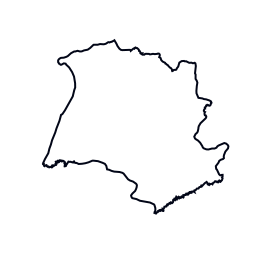 Hoon, Oudômxai, Laos, rotated 164°
{"feature_id": "54806243B15680017307326", "entity_name": "Hoon", "entity_type": "district", "adm_level": 2, "iso_a3": "LAO", "parent_name": "Laos", "parent_adm1": "Oudômxai", "projection": "albers", "projection_center": [101.419, 20.096], "detail": "fine", "context": "isolated", "style": "outline", "palette": "ink", "viewbox_px": 256, "rotation_deg": 164, "n_neighbors": 0, "source": "geoboundaries", "source_scale": "gbopen_adm2", "svg_char_len": 5639}
<svg xmlns="http://www.w3.org/2000/svg" viewBox="0 0 256 256"><g transform="rotate(164 128 128)"><path d="M126.0,39.1L125.5,38.7L125.4,39.6L124.9,39.4L124.5,39.8L124.0,38.6L123.7,38.9L122.6,38.9L122.1,39.4L121.9,40.0L121.7,40.0L121.6,39.5L121.3,39.5L120.9,40.1L120.4,39.9L120.1,40.3L119.9,40.2L120.0,39.6L119.7,39.4L119.0,40.3L118.3,40.3L118.2,40.1L118.5,39.8L118.5,39.5L117.6,39.4L117.4,38.7L116.9,38.5L116.6,39.0L116.9,39.9L116.4,40.4L116.5,40.8L116.0,40.6L115.2,41.3L114.7,42.3L113.4,42.1L112.9,42.5L112.6,42.2L111.7,43.4L111.5,43.2L111.2,43.5L111.1,43.3L111.5,43.0L111.1,42.8L110.8,43.1L110.7,43.7L110.1,43.6L109.4,43.9L108.7,43.7L108.6,44.5L107.9,44.3L107.4,44.8L107.0,44.6L107.3,44.1L107.2,43.8L106.3,43.6L105.3,44.2L104.5,45.3L104.3,45.6L104.6,45.9L104.5,46.2L103.8,46.1L103.7,46.7L103.1,46.8L102.8,47.3L102.2,47.1L102.2,46.8L102.7,46.1L102.4,45.7L101.8,46.3L101.2,46.0L101.2,46.7L100.6,46.5L100.7,47.0L99.9,46.7L99.7,46.9L99.8,47.2L101.0,48.1L100.5,48.7L100.0,47.9L99.2,47.5L99.4,47.0L98.7,47.0L98.3,46.5L98.0,47.0L98.3,47.8L98.2,47.9L97.5,47.2L97.5,46.7L97.2,46.4L96.8,46.3L96.7,46.6L96.2,46.6L95.9,47.2L95.5,47.4L95.0,46.6L94.1,46.7L94.2,46.3L93.9,46.0L93.6,46.3L93.9,47.0L93.7,47.2L93.5,48.2L93.0,48.2L93.1,47.8L92.9,47.6L92.4,48.0L91.0,47.7L90.6,48.0L90.6,48.5L90.2,48.8L89.6,47.7L89.1,47.5L88.9,48.2L88.6,48.2L88.7,47.8L88.5,47.6L87.9,48.1L87.8,48.7L87.2,48.4L86.8,49.2L86.5,49.2L86.3,48.6L85.8,48.4L85.8,49.2L84.6,48.7L84.6,49.3L84.3,49.3L82.7,49.0L81.9,48.2L82.0,49.0L81.3,49.8L80.4,49.5L78.4,50.8L76.9,50.4L75.7,51.5L73.5,51.3L72.9,52.0L73.4,52.2L73.4,52.5L73.0,52.5L72.4,52.0L69.4,53.8L67.3,54.5L67.0,53.6L66.9,51.8L66.6,51.6L66.1,51.8L66.2,51.3L65.7,50.8L65.4,51.0L65.6,51.3L65.2,51.9L64.7,51.2L64.0,51.4L62.8,51.3L62.3,50.6L61.1,51.9L59.8,52.0L59.0,52.8L58.1,52.5L57.4,51.5L56.3,51.8L56.5,51.0L56.3,50.9L55.4,51.6L54.4,51.0L54.2,52.0L53.3,51.2L52.0,52.0L50.9,53.7L51.3,54.5L50.4,55.4L50.0,56.9L51.0,57.1L51.8,56.9L52.5,57.2L53.2,58.4L54.0,63.5L54.5,64.4L54.1,67.1L50.6,69.7L49.3,71.3L47.4,71.9L45.2,72.0L44.1,72.6L43.9,74.0L43.2,75.5L40.9,78.5L37.5,80.8L36.5,82.8L36.8,84.2L38.0,86.0L39.6,87.0L45.8,86.2L47.2,85.7L48.4,84.7L50.4,84.4L52.8,85.1L56.7,85.2L58.6,85.9L60.7,87.5L61.4,88.6L61.6,90.2L62.7,94.0L64.2,96.7L65.7,98.3L66.5,99.5L66.7,101.4L64.8,103.5L62.8,104.5L62.0,105.3L60.6,107.8L60.3,108.7L59.5,110.2L57.0,112.6L50.9,115.8L50.1,116.4L49.6,117.3L49.6,117.8L49.9,118.2L49.8,118.6L50.6,119.1L50.6,120.3L50.2,121.6L49.6,122.1L50.0,122.4L50.4,123.6L49.9,124.5L48.8,125.5L48.5,125.5L48.5,126.6L46.9,127.2L46.7,128.1L45.5,128.5L45.2,128.2L44.7,128.0L44.7,127.6L43.3,126.9L42.1,127.6L41.8,128.4L41.2,128.9L41.2,129.5L40.8,129.5L40.9,130.7L42.1,132.0L45.0,134.0L47.1,134.9L48.3,135.9L52.0,137.6L52.6,142.4L52.0,144.9L50.2,149.6L48.8,152.5L48.9,154.5L49.5,156.6L48.3,160.7L48.5,162.1L45.7,168.9L45.4,171.5L45.9,172.3L47.7,172.3L49.0,173.3L51.2,173.8L53.7,176.1L55.0,176.4L55.6,177.0L58.0,177.5L60.6,176.7L62.8,173.2L64.6,171.9L65.4,170.9L66.0,170.7L67.9,171.2L69.0,170.6L69.8,170.5L69.9,170.8L69.6,172.0L70.1,173.6L70.8,174.2L71.9,176.1L72.5,177.6L73.3,178.3L73.7,179.2L74.3,179.6L74.4,180.5L76.3,182.2L77.3,184.0L77.4,186.3L78.5,187.5L77.6,188.7L77.3,189.4L77.3,190.1L77.7,190.9L78.6,191.3L79.4,191.2L81.8,191.6L83.6,192.4L86.1,192.6L86.8,192.8L87.3,193.4L90.4,194.4L91.5,194.4L92.0,194.0L93.9,194.5L94.1,195.5L93.6,195.9L94.1,196.1L94.9,195.7L95.5,196.4L95.5,196.7L95.3,197.1L95.4,198.5L96.2,199.1L96.0,200.0L96.2,200.7L97.2,202.3L98.0,202.5L98.5,203.3L99.3,203.2L100.0,202.5L100.4,202.9L101.2,202.7L104.1,201.4L104.1,202.3L104.6,202.6L111.9,204.4L113.3,205.1L114.4,206.6L115.5,209.7L115.9,212.3L116.9,216.1L118.1,215.7L119.3,215.6L119.8,215.3L121.0,215.5L122.1,215.3L122.8,215.8L123.5,215.9L126.1,215.1L127.4,215.1L128.4,215.2L131.7,216.4L134.1,216.4L138.2,217.5L142.2,215.4L145.1,214.4L148.9,214.7L151.3,214.4L153.1,214.8L155.2,216.1L157.7,216.1L158.6,216.4L162.2,215.6L166.1,213.7L167.7,213.4L170.3,213.3L173.1,213.9L174.5,213.6L175.6,213.1L176.5,212.3L177.0,210.6L176.7,210.1L176.7,209.1L176.4,209.0L175.4,207.4L175.1,207.3L174.5,207.2L172.0,207.8L171.1,207.5L170.2,207.0L170.0,206.0L167.9,202.5L166.3,197.1L165.7,192.3L166.5,185.6L167.6,181.5L169.3,179.1L172.4,173.6L183.8,162.3L187.3,159.4L188.7,159.1L191.9,153.8L196.8,147.4L199.2,143.7L204.4,137.1L206.7,133.3L209.2,129.9L211.6,125.7L216.4,121.0L219.3,117.6L218.8,117.1L219.5,116.4L219.0,115.9L219.1,114.7L218.7,114.3L218.1,114.8L216.6,114.8L216.4,114.5L216.6,113.6L216.0,113.2L215.8,112.8L215.0,112.9L214.6,111.9L213.0,112.0L212.3,111.2L212.0,111.1L210.8,111.7L211.7,112.0L211.3,112.9L211.1,113.0L210.1,112.5L209.8,112.6L209.3,112.1L208.3,112.5L207.5,112.4L207.5,113.8L207.2,114.0L206.5,113.6L206.4,114.0L206.7,115.5L206.4,115.6L205.5,115.0L204.6,115.9L204.2,115.8L203.7,115.5L204.6,115.2L204.5,114.2L203.7,114.3L203.1,115.3L202.2,114.9L201.6,114.8L201.2,114.2L200.3,114.1L200.8,115.0L199.2,114.2L198.2,113.0L198.1,111.9L198.8,111.8L198.9,111.4L198.4,110.4L199.0,109.7L199.0,109.2L199.4,108.9L199.5,108.6L199.3,108.5L198.7,108.7L198.2,108.6L197.5,109.5L194.5,112.1L193.4,111.5L192.6,111.4L190.8,110.2L189.1,110.8L189.0,110.5L189.7,109.8L189.6,109.7L189.3,109.7L187.9,108.8L187.1,108.6L185.3,107.0L182.1,106.3L178.7,105.9L175.3,105.9L171.3,106.4L170.4,106.2L166.0,104.4L162.1,101.6L160.1,99.9L159.3,97.6L159.5,94.0L157.6,93.0L155.6,91.3L153.3,89.9L148.2,88.0L145.8,86.5L144.8,85.4L142.1,78.7L140.6,77.0L137.9,75.1L135.5,72.1L135.2,70.6L136.0,68.7L137.1,67.1L138.5,65.5L141.8,63.8L143.6,62.4L143.7,60.9L143.2,59.4L139.4,57.3L136.6,54.8L127.4,50.3L124.1,47.4L123.8,46.5L123.8,43.5L124.4,41.3L126.0,39.1Z" fill="none" stroke="#020617" stroke-width="2"/></g></svg>